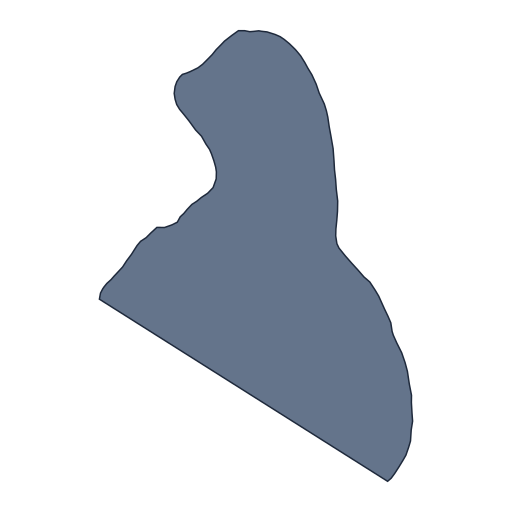 North Huvadhoo, Maldives
{"feature_id": "70690204B59345201549971", "entity_name": "North Huvadhoo", "entity_type": "district", "adm_level": 2, "iso_a3": "MDV", "parent_name": "Maldives", "parent_adm1": "", "projection": "equal_earth", "projection_center": [73.335, 0.637], "detail": "fine", "context": "isolated", "style": "filled", "palette": "slate", "viewbox_px": 512, "rotation_deg": 0, "n_neighbors": 0, "source": "geoboundaries", "source_scale": "gbopen_adm2", "svg_char_len": 1596}
<svg xmlns="http://www.w3.org/2000/svg" viewBox="0 0 512 512"><path d="M387.6,481.3L391.2,478.2L394.8,473.3L399.0,466.8L403.2,459.9L405.9,455.2L408.6,447.4L410.5,441.0L411.2,430.0L412.6,421.1L412.0,413.2L411.4,402.6L411.5,395.3L409.3,384.0L407.4,371.3L405.1,362.7L401.7,352.8L396.7,342.8L393.3,335.2L392.1,331.4L390.8,322.8L388.0,316.3L384.5,309.0L381.8,303.0L378.7,296.1L375.1,290.1L369.8,282.0L364.0,277.0L358.1,270.2L351.8,263.3L345.3,255.9L339.0,248.1L336.9,243.7L335.7,235.9L335.9,229.0L336.8,220.2L337.5,211.3L337.7,201.0L336.3,189.4L335.6,179.4L334.5,169.8L334.0,160.8L333.1,148.6L330.8,135.4L329.2,126.7L327.8,117.1L326.4,110.8L324.3,104.0L319.2,93.1L316.2,84.2L311.9,74.8L307.7,67.9L304.9,62.7L300.6,55.8L295.5,49.7L289.5,43.8L284.3,39.5L280.2,36.7L275.2,34.5L270.8,33.1L267.0,31.9L261.6,31.3L258.8,30.8L253.6,31.4L249.8,31.7L244.7,30.7L238.4,30.7L231.7,35.5L224.5,41.1L220.7,45.1L216.3,49.5L212.2,54.6L207.7,59.2L202.6,64.3L197.8,67.9L190.2,71.6L186.3,73.2L182.4,74.4L179.7,77.1L176.8,81.7L175.1,86.5L174.2,93.4L175.1,99.2L176.7,104.5L179.6,109.3L184.0,114.6L189.0,120.9L195.6,130.0L201.5,136.2L206.0,144.2L209.5,149.3L211.5,153.9L213.9,160.8L215.7,167.2L216.4,171.9L216.2,178.9L213.1,187.6L207.6,193.3L201.3,197.5L196.7,201.3L191.9,204.4L187.1,209.5L183.8,213.5L180.3,216.7L177.3,222.2L171.6,225.0L164.5,227.5L156.9,227.4L150.9,232.9L146.1,237.7L140.6,241.3L137.1,245.5L133.9,250.5L131.5,254.3L126.7,260.7L122.6,267.0L117.7,272.3L114.4,275.8L111.0,279.7L106.9,283.4L104.2,286.7L102.7,288.9L100.5,293.1L99.4,299.2L387.6,481.3Z" fill="#64748b" stroke="#1e293b" stroke-width="1.5"/></svg>